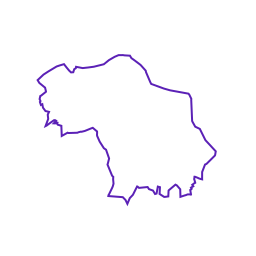 the district of Kaura, Kaduna, Nigeria, rotated 239°
{"feature_id": "59680162B84224544107566", "entity_name": "Kaura", "entity_type": "district", "adm_level": 2, "iso_a3": "NGA", "parent_name": "Nigeria", "parent_adm1": "Kaduna", "projection": "orthographic", "projection_center": [8.436, 9.644], "detail": "fine", "context": "isolated", "style": "outline", "palette": "violet", "viewbox_px": 256, "rotation_deg": 239, "n_neighbors": 0, "source": "geoboundaries", "source_scale": "gbopen_adm2", "svg_char_len": 2321}
<svg xmlns="http://www.w3.org/2000/svg" viewBox="0 0 256 256"><g transform="rotate(239 128 128)"><path d="M189.0,166.9L192.0,162.5L193.1,161.2L195.3,157.5L195.9,153.2L196.0,146.6L195.1,140.1L198.1,130.3L200.4,125.0L202.7,120.0L207.2,115.0L206.1,114.0L206.1,112.2L204.0,109.8L205.0,107.8L207.6,107.1L211.6,106.5L215.7,106.0L216.8,101.7L217.5,98.5L217.5,88.9L217.3,83.1L215.6,75.2L212.3,75.2L205.3,77.7L201.5,76.5L201.3,76.3L200.5,70.1L200.6,69.3L198.3,67.1L196.3,66.9L195.9,66.6L195.7,65.9L192.6,65.2L192.5,66.8L189.8,65.8L189.1,65.6L187.1,65.8L185.0,66.0L184.9,66.2L182.5,68.6L180.8,66.1L180.0,65.7L176.9,64.3L172.1,58.3L172.0,59.4L172.5,64.6L172.8,68.5L172.5,69.2L172.2,69.6L171.2,70.1L170.2,66.8L169.4,68.0L169.7,69.5L168.9,70.3L168.0,69.4L167.0,69.5L165.0,71.3L164.2,72.0L155.3,67.1L155.1,73.8L154.4,74.3L150.0,82.2L150.0,82.3L149.8,83.6L149.1,85.8L148.7,86.2L147.7,89.5L146.6,96.5L146.3,97.9L141.8,99.4L141.0,99.7L140.5,99.4L139.7,99.0L138.3,98.0L137.2,97.5L130.9,96.7L123.1,96.9L120.7,98.0L111.6,96.1L108.4,92.9L107.2,91.6L95.3,89.8L93.7,90.2L91.8,88.9L87.7,86.9L85.9,85.0L85.0,83.8L81.0,77.7L80.7,77.1L80.5,76.7L79.8,76.1L71.4,87.9L67.6,88.8L63.3,88.4L66.9,93.3L67.0,93.5L68.2,97.8L73.2,105.7L72.9,106.0L71.0,106.6L67.3,114.4L64.8,114.5L61.5,117.2L57.5,117.2L57.1,118.7L62.4,123.4L60.8,124.9L55.2,121.1L50.3,123.5L49.7,124.7L48.6,127.3L53.4,130.5L53.6,130.8L55.0,139.5L53.7,140.3L48.6,141.2L42.0,137.5L40.9,142.3L40.7,142.8L40.4,144.8L39.2,146.9L38.5,147.6L38.6,147.8L42.8,149.4L42.8,150.2L43.0,151.1L43.1,151.3L43.4,151.3L43.8,151.3L44.2,151.2L44.4,151.2L44.5,151.9L44.4,153.0L44.4,154.0L44.5,154.0L45.3,153.9L45.6,153.9L46.2,153.8L46.3,154.6L46.4,155.5L46.5,156.0L46.4,157.4L46.6,157.5L47.0,157.6L47.8,157.8L48.2,157.9L48.5,158.0L49.1,158.2L49.9,158.3L50.5,158.7L51.3,159.4L52.0,159.9L51.9,160.1L51.7,160.3L51.1,160.8L49.8,161.8L48.8,162.5L48.3,162.8L47.6,163.4L47.0,163.9L46.3,164.6L45.8,165.1L46.7,165.6L52.1,168.9L57.0,175.2L56.8,176.8L57.2,178.4L59.6,188.2L59.9,188.7L62.8,191.2L65.7,190.6L77.7,188.1L90.2,189.1L90.7,188.8L94.5,186.3L100.5,186.5L101.2,186.7L119.4,196.6L120.4,197.3L125.0,197.7L126.3,197.5L138.6,183.5L143.3,179.1L153.8,170.6L155.7,170.7L166.6,172.2L168.0,172.7L175.4,171.3L177.0,170.7L183.9,167.9L185.2,167.3L186.2,166.9L189.0,166.9Z" fill="none" stroke="#5b21b6" stroke-width="2"/></g></svg>